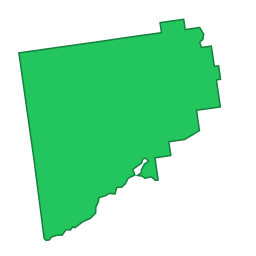 the district of Polk, Florida, United States of America, rotated 82°
{"feature_id": "52423323B51460600730955", "entity_name": "Polk", "entity_type": "district", "adm_level": 2, "iso_a3": "USA", "parent_name": "United States of America", "parent_adm1": "Florida", "projection": "equal_earth", "projection_center": [-81.546, 28.003], "detail": "fine", "context": "isolated", "style": "filled", "palette": "green", "viewbox_px": 256, "rotation_deg": 82, "n_neighbors": 0, "source": "geoboundaries", "source_scale": "gbopen_adm2", "svg_char_len": 1001}
<svg xmlns="http://www.w3.org/2000/svg" viewBox="0 0 256 256"><g transform="rotate(82 128 128)"><path d="M139.2,225.5L146.1,225.5L225.7,226.4L227.9,224.7L227.8,221.4L225.3,219.1L224.3,213.0L224.9,208.0L220.2,203.7L220.9,199.1L218.2,196.6L219.4,194.5L214.6,185.9L212.1,177.6L207.6,171.8L201.7,170.8L197.1,167.7L192.9,166.4L192.0,159.8L190.2,155.7L191.5,150.0L185.3,147.4L185.7,142.4L183.0,138.5L177.6,134.6L175.5,127.7L169.6,129.1L167.7,125.2L164.5,119.3L160.7,117.7L160.5,114.5L163.8,112.4L166.1,116.8L171.5,120.7L174.0,120.9L176.3,125.2L177.7,120.5L180.2,118.3L179.5,111.7L183.7,108.1L183.7,105.4L161.3,105.4L161.2,89.4L158.5,89.4L158.4,89.4L147.3,89.5L147.3,73.6L141.7,60.4L140.5,57.6L120.0,57.7L120.0,56.2L120.0,33.6L92.7,33.8L92.7,29.6L79.0,29.6L79.0,33.9L58.5,34.1L58.5,44.1L52.8,45.0L50.9,41.6L45.7,40.0L38.4,43.0L38.5,57.7L28.1,57.7L28.1,81.6L38.3,81.6L38.2,97.6L38.2,115.6L38.4,141.5L38.4,148.6L38.4,153.9L38.4,225.6L139.2,225.5Z" fill="#22c55e" stroke="#15803d" stroke-width="1.5"/></g></svg>